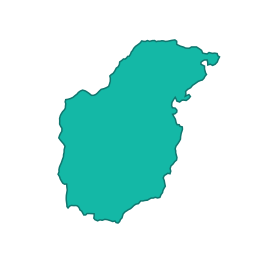 the district of Pouso Alegre, Minas Gerais, Brazil, rotated 16°
{"feature_id": "56859067B30504998341327", "entity_name": "Pouso Alegre", "entity_type": "district", "adm_level": 2, "iso_a3": "BRA", "parent_name": "Brazil", "parent_adm1": "Minas Gerais", "projection": "robinson", "projection_center": [-45.929, -22.262], "detail": "fine", "context": "isolated", "style": "filled", "palette": "teal", "viewbox_px": 256, "rotation_deg": 16, "n_neighbors": 0, "source": "geoboundaries", "source_scale": "gbopen_adm2", "svg_char_len": 3261}
<svg xmlns="http://www.w3.org/2000/svg" viewBox="0 0 256 256"><g transform="rotate(16 128 128)"><path d="M73.5,191.7L75.5,193.5L76.9,195.6L78.6,197.3L80.5,199.0L82.4,199.5L84.5,198.8L85.4,201.3L86.7,204.4L87.0,207.0L87.3,209.7L87.9,212.3L88.5,214.2L89.5,216.6L90.4,218.6L91.0,220.4L92.4,221.4L93.4,219.2L94.9,218.0L97.1,217.6L99.2,216.9L100.9,216.8L102.9,218.0L104.4,220.0L106.4,220.7L108.0,222.3L109.5,223.8L111.3,223.2L112.2,221.5L114.7,220.8L116.8,220.3L119.1,219.8L119.7,221.9L120.0,224.1L121.5,225.2L124.4,225.6L126.3,224.0L128.6,223.8L130.9,222.2L133.4,221.8L136.8,221.9L139.1,222.1L141.1,221.0L142.6,222.2L144.6,222.1L145.7,220.3L146.0,218.0L147.0,216.1L147.0,214.1L147.0,212.0L148.2,209.5L149.8,207.7L151.0,206.3L152.6,204.9L153.6,203.4L155.0,200.9L156.5,199.1L158.9,197.8L160.3,194.6L162.4,194.0L164.2,193.0L166.6,192.0L168.2,190.3L169.7,188.9L171.6,188.4L173.3,187.1L175.7,187.1L177.8,185.9L178.1,182.9L179.0,180.6L178.8,178.6L179.2,176.3L179.9,173.7L178.7,171.4L177.2,168.4L175.6,166.3L176.0,163.7L177.5,162.0L178.7,160.6L181.0,160.4L181.0,157.7L179.7,155.5L179.7,152.7L181.2,150.2L182.1,147.6L183.5,145.4L183.2,142.9L182.0,140.9L180.7,138.7L180.1,136.7L179.1,135.1L179.1,132.3L179.9,130.1L180.6,128.1L181.1,126.2L181.5,124.3L180.9,121.6L180.6,118.4L180.7,116.2L180.7,114.2L179.9,112.0L177.5,112.0L176.3,110.7L174.4,111.3L172.9,109.8L171.1,106.5L168.5,104.0L167.1,102.5L169.1,101.5L170.5,99.3L170.1,97.4L167.9,95.9L165.1,96.3L163.8,94.6L163.2,91.4L163.9,88.4L164.9,85.5L166.5,87.2L167.6,88.7L170.5,88.8L172.1,86.5L173.9,85.8L176.3,85.5L177.4,84.2L178.4,82.8L179.3,80.5L177.4,79.1L175.7,80.4L174.3,81.7L174.3,79.4L173.3,77.0L174.7,74.4L177.1,72.0L178.3,69.2L180.7,66.3L182.6,63.9L184.5,62.4L186.2,61.4L187.3,59.3L187.7,57.2L188.7,54.9L187.4,53.7L185.3,50.2L184.5,47.4L182.3,47.0L180.6,46.6L180.0,44.8L181.2,43.0L182.8,41.5L185.3,40.8L186.5,42.9L187.3,45.4L189.5,44.0L192.1,44.5L194.2,42.7L195.6,39.9L195.8,37.3L196.4,34.4L194.4,33.8L193.2,31.9L190.8,32.1L188.6,33.0L186.9,33.1L185.1,33.1L183.6,35.0L181.2,35.3L179.1,35.4L177.3,33.1L174.5,32.1L171.5,31.2L169.1,31.9L166.7,32.6L165.0,34.4L163.2,34.9L161.2,35.3L159.1,34.9L155.9,34.9L153.5,34.5L151.8,34.2L150.9,31.2L148.8,30.4L145.9,31.7L144.2,32.6L142.2,33.7L140.1,34.5L138.1,34.5L136.5,34.8L134.9,35.7L132.8,36.3L131.3,37.2L129.5,36.6L127.3,37.3L124.9,38.8L122.5,38.6L121.1,39.9L119.3,40.4L117.2,40.5L116.2,43.0L114.4,45.4L112.7,47.5L111.6,49.8L111.0,52.4L110.2,54.1L110.1,56.1L109.4,58.7L107.9,59.3L107.3,61.1L106.2,62.5L104.6,62.9L103.4,64.8L101.8,66.8L102.2,69.3L101.7,71.8L100.2,73.7L99.6,76.9L98.7,79.5L97.1,81.4L96.2,83.0L97.3,85.0L98.1,88.1L98.1,91.2L97.9,93.4L96.2,95.1L94.2,96.7L91.5,98.3L90.0,100.9L89.0,102.9L87.9,104.5L86.3,105.9L84.0,106.7L80.9,105.4L78.2,104.5L76.5,104.1L73.9,104.1L72.1,105.5L70.5,107.5L69.7,109.4L68.3,111.3L66.7,113.7L64.6,115.5L62.3,117.0L60.3,117.9L60.4,120.2L61.5,121.9L61.8,124.0L62.3,126.3L61.7,128.3L60.6,130.5L60.0,132.6L59.6,134.5L59.6,137.6L60.4,140.0L61.2,143.1L62.9,145.0L64.6,146.5L65.3,149.5L64.7,151.5L64.3,153.9L64.2,156.6L66.5,158.4L68.6,159.8L70.6,161.1L72.5,163.0L72.6,166.4L73.3,169.0L73.4,171.4L73.9,173.6L73.7,175.9L73.5,179.9L73.1,182.6L72.9,184.5L73.1,187.1L73.8,189.2L73.5,191.7Z" fill="#14b8a6" stroke="#0f766e" stroke-width="1.5"/></g></svg>